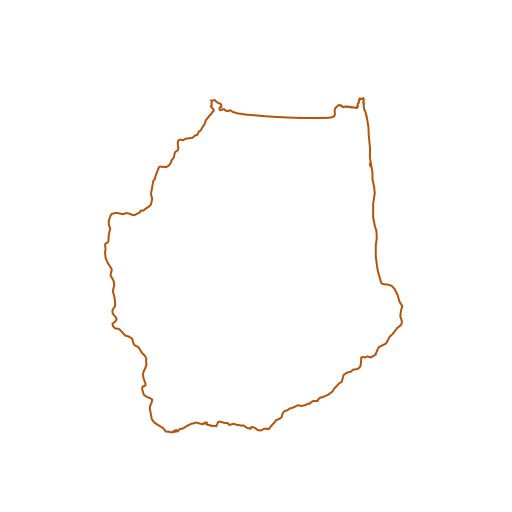 outline of Kwamouth, Bandundu, Democratic Republic of the Congo, rotated 151°
{"feature_id": "63176286B12311619160810", "entity_name": "Kwamouth", "entity_type": "district", "adm_level": 2, "iso_a3": "COD", "parent_name": "Democratic Republic of the Congo", "parent_adm1": "Bandundu", "projection": "robinson", "projection_center": [16.578, -3.619], "detail": "fine", "context": "isolated", "style": "outline", "palette": "amber", "viewbox_px": 512, "rotation_deg": 151, "n_neighbors": 0, "source": "geoboundaries", "source_scale": "gbopen_adm2", "svg_char_len": 5864}
<svg xmlns="http://www.w3.org/2000/svg" viewBox="0 0 512 512"><g transform="rotate(151 256 256)"><path d="M421.0,188.1L419.7,185.6L417.3,182.6L416.5,181.2L416.6,180.4L418.4,178.4L421.5,176.0L422.8,174.2L426.3,163.6L425.5,159.2L420.6,150.3L420.0,146.2L417.5,144.7L416.5,143.5L414.8,142.4L414.1,142.6L412.3,141.5L412.0,141.6L412.1,142.7L410.1,142.4L410.0,140.7L409.0,140.7L407.1,141.6L403.3,140.6L397.6,140.8L393.6,140.6L390.9,139.6L389.8,139.7L387.7,138.2L386.6,136.8L383.9,134.5L382.9,135.1L380.3,134.7L379.8,133.9L381.1,133.2L379.9,131.5L378.5,130.8L377.5,128.9L377.0,129.0L373.2,126.4L369.7,129.1L368.2,128.8L366.3,127.3L365.0,125.6L361.7,123.5L361.3,121.2L356.9,120.1L355.0,117.9L352.2,115.9L351.0,114.5L349.7,114.3L348.5,113.1L348.1,111.6L347.1,110.2L346.8,109.7L344.5,107.6L344.1,108.3L343.0,108.5L341.8,108.0L339.9,105.6L339.4,103.9L338.2,102.2L336.3,101.1L332.2,100.8L330.1,99.6L330.1,99.0L328.6,98.5L325.4,99.9L320.4,101.5L318.1,102.7L314.1,102.2L312.9,102.4L311.6,102.7L309.1,105.4L307.4,106.2L305.9,106.5L303.4,105.8L300.8,106.3L297.0,105.4L292.8,105.3L291.4,105.0L289.3,102.9L284.8,101.6L282.0,101.7L280.8,100.7L278.4,101.4L276.2,101.4L272.6,99.3L271.3,100.4L268.3,101.0L265.8,100.1L263.5,100.1L260.5,99.6L254.9,100.4L252.0,102.0L249.7,102.8L244.9,104.3L242.0,104.4L237.0,109.5L233.2,109.9L229.2,108.8L226.1,109.5L223.6,108.5L221.9,108.0L219.6,108.3L218.1,109.0L215.7,112.1L213.3,116.0L211.8,116.0L209.8,114.4L207.3,114.2L204.8,111.6L199.3,111.8L194.3,115.8L192.3,116.8L185.5,116.4L183.9,116.9L178.2,120.6L174.1,121.6L167.6,124.5L162.1,125.5L160.0,128.3L159.1,133.1L156.5,136.9L154.5,139.1L152.3,141.2L152.7,146.4L151.2,152.5L150.7,159.8L151.9,164.2L153.9,166.5L158.8,170.1L159.5,171.8L156.9,183.1L155.3,187.9L151.4,197.6L146.3,206.9L141.7,213.1L138.8,218.9L137.1,226.0L134.3,234.4L133.7,234.9L128.2,244.9L121.7,253.3L119.1,259.4L116.9,266.7L113.7,272.5L111.3,279.4L112.2,278.9L112.4,279.4L112.0,280.7L111.4,281.6L110.6,281.9L110.6,281.5L108.5,287.2L104.1,294.8L98.5,307.7L95.3,313.9L92.3,322.2L92.0,323.6L91.3,325.1L91.3,325.9L91.2,326.4L91.0,327.0L90.7,327.6L90.7,327.9L90.4,329.2L90.4,330.2L90.4,330.9L90.2,331.4L90.1,331.7L90.2,332.0L90.0,332.3L89.8,332.7L89.8,333.3L89.6,333.5L89.4,334.0L89.3,334.6L88.7,335.8L88.5,336.1L87.9,336.3L87.7,336.6L87.6,337.1L87.6,337.5L87.7,337.8L87.9,338.2L87.7,338.6L87.2,338.9L86.7,339.2L86.4,340.0L85.7,341.5L85.8,341.7L85.8,342.0L86.3,342.0L86.8,342.2L87.3,342.1L87.8,342.2L88.1,342.6L88.4,343.0L88.7,343.3L88.8,343.4L89.2,343.1L89.6,343.1L89.8,342.6L89.8,342.3L90.2,342.2L90.7,342.2L90.8,341.9L90.8,341.6L90.9,341.4L91.5,340.9L91.6,340.7L91.6,340.4L91.7,340.2L92.0,340.2L92.3,340.2L92.8,340.1L93.1,340.0L93.2,339.9L93.3,339.6L93.5,339.3L93.7,338.9L94.0,338.6L94.3,338.4L94.2,338.3L94.1,338.1L94.1,337.9L94.2,337.7L94.3,337.6L94.4,337.4L94.6,337.4L94.9,337.3L95.0,337.1L95.2,336.9L95.3,336.8L95.6,336.7L95.9,336.5L96.0,336.6L96.4,336.8L96.8,337.1L97.1,337.5L97.4,337.5L97.6,337.7L98.3,338.4L98.6,338.9L98.8,339.0L99.2,339.0L99.5,339.0L100.0,339.2L100.1,339.4L100.1,339.6L100.3,339.7L100.6,339.8L100.7,340.0L100.8,340.3L101.1,340.3L101.3,340.4L101.4,340.7L101.7,340.9L101.8,341.2L101.9,341.3L102.0,341.3L102.4,341.3L102.4,341.5L103.2,342.0L103.4,342.1L103.7,342.0L103.8,342.2L103.9,342.5L104.1,342.8L104.8,342.8L105.0,342.8L105.1,343.0L105.3,343.2L105.5,343.1L105.7,343.3L106.1,343.8L106.5,343.9L107.1,343.9L107.5,344.0L107.8,344.4L108.0,344.4L108.1,344.5L108.2,344.8L108.2,345.0L108.3,345.1L108.2,345.8L108.3,346.0L108.7,346.1L108.9,346.2L109.0,346.4L109.0,346.7L109.0,346.9L109.0,347.0L110.5,347.4L110.7,347.9L112.9,347.5L114.1,347.1L115.0,346.7L116.2,345.9L117.1,344.3L118.2,341.9L119.3,340.6L121.2,340.3L123.1,340.8L125.8,341.8L129.0,343.5L136.7,347.6L150.9,355.6L161.2,361.8L170.4,367.5L180.4,373.9L188.3,379.3L196.2,384.5L203.6,390.2L205.8,392.7L206.6,393.2L207.3,395.2L208.5,396.2L210.1,396.2L212.1,397.8L212.8,400.1L216.4,400.7L216.9,401.4L216.7,402.2L215.9,403.4L214.4,403.1L213.5,403.9L213.1,405.2L213.3,406.4L215.1,408.5L215.9,410.1L216.3,412.0L216.7,412.5L219.0,413.0L219.6,413.5L219.6,413.4L219.9,412.9L220.1,412.5L220.1,412.1L220.4,411.6L220.9,411.2L221.2,410.6L221.4,410.0L221.6,409.5L221.9,409.0L222.3,408.9L222.7,409.0L222.9,408.8L222.9,408.4L222.9,407.9L222.7,407.4L222.6,406.9L222.5,406.4L222.4,406.0L222.2,405.7L222.2,405.4L222.3,405.1L222.2,404.5L222.6,403.6L222.8,403.5L223.1,403.2L223.5,403.3L223.9,403.3L224.5,402.9L225.3,402.6L225.9,402.3L226.4,401.8L227.4,401.5L227.7,401.6L234.3,399.0L235.7,397.3L238.7,395.3L241.5,394.0L243.2,392.7L245.6,392.5L248.4,390.5L249.4,390.4L250.5,391.0L254.3,390.2L260.8,392.7L263.7,392.6L265.1,394.0L266.8,394.8L267.9,394.6L268.8,393.9L270.1,391.9L271.9,387.4L273.0,386.5L276.5,386.0L280.4,381.9L283.5,380.5L286.3,378.1L289.0,377.3L291.4,377.3L296.5,380.6L297.5,380.7L298.8,380.0L305.1,374.6L307.1,372.4L309.3,371.5L310.5,370.2L317.9,361.0L319.1,356.3L323.0,351.9L324.0,351.6L326.3,351.0L329.2,351.0L332.5,350.3L334.9,351.6L336.3,350.5L341.9,350.6L343.7,351.2L346.1,354.3L348.6,356.4L352.3,357.2L357.2,361.5L361.4,362.7L363.5,362.0L367.7,358.2L369.4,355.2L370.3,350.4L374.2,346.4L377.7,340.8L378.7,340.0L381.8,339.7L382.7,338.8L384.4,334.6L386.2,332.6L388.6,326.9L389.0,321.4L388.6,315.1L389.0,313.7L392.3,309.9L392.9,308.8L392.5,306.4L392.8,302.4L394.0,299.4L398.2,294.8L400.1,287.5L402.6,281.9L403.9,280.3L407.1,278.7L408.1,277.7L408.9,276.0L409.2,274.6L408.4,270.7L408.4,268.7L409.4,267.6L410.8,267.0L414.3,266.3L415.0,264.9L415.1,263.9L414.3,260.9L411.8,259.2L411.0,258.1L408.8,249.6L406.7,247.7L404.6,244.3L404.5,243.3L405.6,238.7L405.5,237.2L404.6,235.3L403.5,234.2L403.0,232.7L402.7,226.5L401.5,222.2L401.7,219.4L403.0,217.5L404.5,214.0L408.0,211.0L409.6,210.1L412.3,207.4L413.7,203.4L414.6,197.8L415.5,196.5L417.3,196.4L417.8,196.8L418.8,196.5L419.9,195.2L420.5,193.3L421.3,189.3L421.0,188.1Z" fill="none" stroke="#b45309" stroke-width="2"/></g></svg>